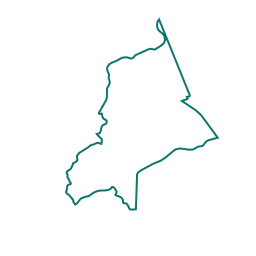 outline of Savanes, rotated 55°
{"feature_id": "TGO-90", "entity_name": "Savanes", "entity_type": "Region", "adm_level": 1, "iso_a3": "TGO", "parent_name": "Togo", "parent_adm1": "", "projection": "robinson", "projection_center": [0.453, 10.505], "detail": "fine", "context": "isolated", "style": "outline", "palette": "teal", "viewbox_px": 256, "rotation_deg": 55, "n_neighbors": 0, "source": "natural_earth", "source_scale": "10m", "svg_char_len": 2662}
<svg xmlns="http://www.w3.org/2000/svg" viewBox="0 0 256 256"><g transform="rotate(55 128 128)"><path d="M64.5,46.9L62.3,46.3L59.8,44.7L57.8,42.6L56.9,40.3L63.1,41.7L69.5,43.2L84.5,46.6L112.3,53.0L123.0,55.5L136.7,58.6L136.9,58.8L137.1,59.2L137.2,59.6L137.0,60.2L136.9,60.8L136.7,61.4L136.3,61.9L138.3,62.5L136.8,68.4L152.1,62.4L159.7,60.7L171.5,60.4L187.4,60.1L184.3,68.7L183.9,71.4L184.2,72.9L185.2,75.8L185.4,77.3L183.5,81.4L183.3,82.9L183.1,86.0L182.7,87.5L181.1,90.0L174.5,97.2L172.7,101.8L173.7,114.4L173.6,119.8L171.8,127.6L170.1,141.9L170.2,145.1L171.2,147.2L180.4,154.1L192.1,162.9L199.1,168.2L196.9,171.9L196.3,172.5L195.4,173.1L194.7,173.1L191.4,172.5L190.4,172.5L189.2,172.6L188.4,173.1L187.0,174.7L186.4,174.8L185.8,174.6L184.8,173.8L184.2,173.5L181.4,173.3L180.6,173.6L178.3,175.0L176.4,176.5L175.7,176.6L175.2,176.3L174.9,175.7L174.7,175.0L174.3,174.4L173.7,174.0L172.9,173.7L169.2,173.5L167.9,174.1L167.3,174.6L167.3,175.3L167.5,176.0L167.8,177.9L167.5,179.6L166.9,181.0L163.3,186.7L162.1,189.4L161.7,191.0L161.3,192.7L161.2,197.0L161.3,198.3L161.3,198.9L161.1,199.7L160.8,200.5L160.1,201.7L159.8,202.7L159.4,204.5L159.1,205.4L158.9,206.3L158.8,207.1L158.9,207.8L160.4,212.5L160.5,214.2L160.4,215.1L160.2,215.2L159.1,215.0L157.9,215.3L157.2,215.1L156.1,214.4L155.4,214.2L151.5,214.6L149.9,214.6L148.1,215.1L146.6,215.6L145.7,215.7L145.0,215.5L144.5,215.1L143.5,213.4L143.0,212.9L142.5,212.5L141.4,211.8L141.0,211.3L140.6,210.8L140.4,210.1L140.3,209.4L140.4,208.8L141.0,207.6L141.0,207.1L140.7,206.7L140.1,206.4L139.4,206.4L138.3,206.4L136.4,206.0L134.9,206.0L133.9,205.9L133.2,205.6L132.3,204.7L131.7,204.4L129.6,204.0L129.1,203.6L128.8,203.1L128.6,202.3L128.5,201.5L128.7,199.9L128.8,199.2L128.6,198.4L128.3,197.6L127.0,195.3L126.1,194.0L125.4,193.3L125.8,191.0L125.5,188.2L124.5,187.3L123.1,186.9L121.6,185.8L120.4,182.2L121.0,172.4L120.8,167.7L121.7,165.8L122.1,163.5L122.6,161.4L125.7,158.9L123.2,156.5L122.0,155.9L116.6,156.9L114.9,156.9L116.0,154.1L114.7,151.9L112.6,149.8L111.2,147.3L111.4,146.1L111.8,144.6L111.8,143.1L110.6,141.7L109.3,141.4L108.2,141.8L107.1,142.4L105.7,142.8L104.5,142.6L101.2,141.2L100.9,141.6L100.6,142.5L100.1,143.3L99.1,143.4L98.8,142.9L92.6,129.9L90.6,127.5L84.1,123.0L83.1,121.6L81.7,118.5L80.7,117.2L79.6,116.4L75.8,115.0L74.7,114.2L73.9,113.3L73.1,112.7L70.2,112.3L68.8,111.8L67.4,111.1L66.4,110.1L65.1,107.2L65.2,104.3L65.9,100.8L66.4,98.8L67.0,93.0L68.0,90.6L69.7,88.1L72.2,86.2L73.2,85.1L73.5,83.6L72.8,80.9L72.7,79.5L75.4,65.6L76.0,64.2L77.0,63.1L78.0,62.3L78.9,61.4L79.2,59.6L79.5,54.7L79.2,50.4L77.3,47.1L73.2,45.4L70.9,45.4L66.8,46.6L64.5,46.9Z" fill="none" stroke="#0f766e" stroke-width="2"/></g></svg>